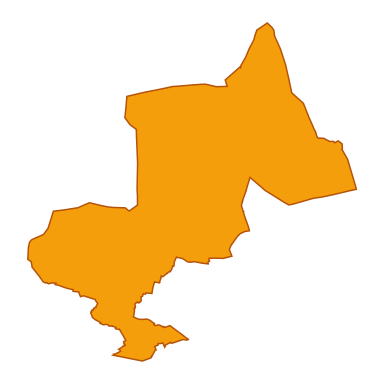 Dinkelland, Overijssel, Netherlands (orthographic projection)
{"feature_id": "6326949B33383901322774", "entity_name": "Dinkelland", "entity_type": "district", "adm_level": 2, "iso_a3": "NLD", "parent_name": "Netherlands", "parent_adm1": "Overijssel", "projection": "orthographic", "projection_center": [6.904, 52.371], "detail": "fine", "context": "isolated", "style": "filled", "palette": "amber", "viewbox_px": 384, "rotation_deg": 0, "n_neighbors": 0, "source": "geoboundaries", "source_scale": "gbopen_adm2", "svg_char_len": 5520}
<svg xmlns="http://www.w3.org/2000/svg" viewBox="0 0 384 384"><path d="M72.9,291.1L73.0,291.3L76.1,291.7L78.9,292.0L78.9,292.4L79.0,292.8L79.3,293.7L80.5,296.7L83.4,295.8L83.6,295.8L95.2,299.5L95.4,300.2L95.5,300.5L97.7,303.5L95.8,306.9L96.0,307.2L95.3,307.4L94.0,308.8L93.6,309.0L93.5,308.8L92.9,310.2L92.9,310.3L92.5,310.3L92.4,310.3L92.1,310.2L92.0,310.3L91.7,310.3L91.6,310.7L91.5,311.9L90.9,312.0L90.8,313.1L91.5,314.7L92.1,316.0L92.2,316.5L92.2,317.2L93.2,318.1L94.0,318.6L94.7,319.3L95.1,319.6L100.5,322.5L100.0,323.3L103.4,324.8L106.2,324.4L107.4,324.6L107.9,324.9L109.0,326.1L110.1,326.1L111.0,325.9L112.1,326.3L112.3,326.0L116.0,327.5L115.9,327.9L115.4,328.7L119.1,329.6L119.4,329.3L119.7,329.7L120.7,331.5L121.0,332.1L121.1,332.3L122.3,334.2L123.3,335.9L123.6,336.5L124.2,337.5L124.8,338.7L125.1,339.0L125.4,339.5L125.7,339.9L125.6,340.0L125.8,340.5L125.0,341.0L124.3,341.3L123.5,341.8L124.4,343.4L123.9,343.8L124.1,344.0L124.3,344.4L125.1,344.9L125.3,345.2L125.3,345.3L124.4,345.9L122.6,346.2L122.5,346.7L122.3,347.0L118.7,349.3L119.6,349.7L120.6,351.3L115.2,354.0L113.7,354.2L114.0,354.6L113.9,354.6L114.0,354.8L113.2,355.2L138.2,360.2L142.4,361.0L146.3,359.6L151.0,357.9L151.4,357.2L151.2,357.0L151.6,356.1L151.9,356.3L155.2,350.2L156.1,349.9L154.7,346.5L158.1,345.1L158.1,343.4L159.8,343.6L160.2,343.6L162.9,343.0L164.7,347.2L165.5,345.9L165.4,345.1L170.8,342.3L171.3,343.3L173.7,342.7L183.0,339.5L186.6,340.1L188.4,339.5L188.4,339.4L188.0,339.1L184.1,336.3L184.1,336.2L182.3,334.8L169.9,325.6L164.6,327.5L164.0,326.5L163.1,327.1L162.9,326.9L162.1,326.6L161.9,326.2L161.2,325.8L159.7,325.2L158.8,324.9L157.7,325.0L155.9,325.5L155.9,325.4L155.2,325.3L154.6,325.3L154.3,325.2L154.2,325.1L154.0,324.9L154.0,324.7L153.9,324.6L154.0,324.3L154.1,324.0L154.2,323.8L154.5,323.6L154.2,323.2L153.3,323.0L151.3,321.2L149.8,320.4L149.4,320.0L147.0,319.1L146.7,319.0L143.5,319.4L139.5,319.3L139.3,319.3L136.7,318.5L133.5,316.9L134.2,312.7L134.2,312.3L134.2,312.0L134.5,311.0L134.2,308.9L134.3,308.9L134.2,308.6L134.6,308.5L135.0,308.2L135.3,307.7L135.4,306.4L135.0,306.4L135.1,303.6L135.5,303.5L137.5,301.9L137.6,302.2L138.0,302.7L138.2,302.8L138.7,302.9L139.0,302.9L140.0,301.9L140.1,301.7L140.6,301.8L141.2,300.3L141.1,299.7L141.1,298.7L141.1,296.8L142.1,296.4L142.5,296.3L142.6,296.2L143.1,294.4L143.1,294.2L143.5,293.7L145.2,294.1L145.4,294.2L145.5,294.1L145.8,293.7L146.0,292.9L151.9,293.5L152.8,288.1L152.7,288.1L154.6,281.9L159.2,282.9L159.3,282.8L159.2,282.8L160.9,278.5L160.7,278.2L161.2,276.2L161.4,276.3L161.4,276.1L162.9,276.7L165.7,274.4L166.3,274.0L166.2,274.0L166.8,273.3L169.8,271.3L170.1,271.7L171.2,270.2L171.6,269.4L172.4,267.4L172.7,266.3L172.7,266.1L173.7,266.2L173.8,266.2L173.9,265.7L174.1,264.5L174.2,263.9L174.2,262.7L174.3,262.4L174.3,262.1L176.4,257.1L177.3,257.5L178.0,257.6L180.0,257.9L180.5,258.0L181.3,258.2L183.1,258.9L185.0,260.1L185.6,260.5L186.5,261.2L187.3,261.6L187.9,261.9L190.0,262.2L190.3,262.2L190.8,262.2L192.4,262.0L192.9,261.9L193.0,261.8L194.4,261.8L194.6,261.7L194.9,261.7L202.1,263.2L203.2,263.3L207.4,263.8L208.2,264.0L208.3,263.8L207.6,263.0L208.4,262.0L209.1,261.5L209.6,261.0L209.4,260.8L209.3,260.7L209.2,260.5L209.0,260.3L208.9,260.3L208.9,259.2L209.0,259.2L209.2,258.3L211.4,258.3L213.5,258.1L223.1,258.4L231.9,256.2L229.3,249.4L229.8,248.3L231.1,245.3L237.3,236.6L238.0,235.9L240.3,233.6L244.9,231.5L249.4,230.8L248.4,226.8L245.6,219.1L244.4,215.6L243.5,212.6L243.4,211.9L243.2,211.5L243.4,211.4L243.2,211.3L242.3,208.5L242.2,208.3L241.4,205.7L242.5,201.3L242.6,201.2L242.4,201.1L245.8,191.6L245.9,191.2L246.3,190.4L246.2,190.3L247.4,186.0L250.0,177.4L265.2,190.5L277.0,197.8L283.6,202.0L288.7,204.9L292.1,204.4L310.2,199.2L313.9,198.2L322.2,197.0L334.4,194.4L350.2,190.6L356.2,189.4L356.1,188.0L347.6,159.3L342.3,149.9L341.8,149.2L342.2,149.0L342.3,148.7L342.4,147.6L342.2,146.9L342.2,146.2L342.3,145.8L342.0,143.7L339.1,141.7L338.4,140.9L337.4,141.3L336.9,141.5L336.4,141.9L336.0,142.1L334.6,142.8L334.1,141.9L333.8,141.6L333.6,141.5L333.1,141.4L329.7,141.4L329.4,141.3L325.3,139.2L324.6,138.7L324.2,138.5L323.9,138.4L323.4,138.3L321.0,138.1L320.1,138.1L318.6,138.3L318.4,138.3L318.2,138.2L317.2,136.9L316.9,136.4L316.7,135.9L315.7,132.3L315.5,131.7L315.4,131.4L315.2,131.0L314.8,130.6L314.6,130.3L310.4,120.5L309.9,119.4L309.7,119.2L309.0,117.5L303.4,103.3L291.7,92.8L288.7,78.4L287.1,71.6L285.7,65.1L280.4,48.9L274.6,36.1L273.9,30.4L271.7,27.1L267.3,23.0L256.8,30.1L255.4,34.5L255.3,34.4L255.2,34.6L255.3,34.8L255.2,35.0L253.6,40.3L249.6,47.9L248.9,49.4L245.7,57.1L240.5,66.2L240.8,66.9L240.6,67.1L240.8,67.3L240.4,67.9L240.2,67.8L240.1,67.7L239.9,67.6L239.6,67.3L225.2,80.0L227.2,86.4L216.3,86.7L205.6,84.2L201.1,84.3L192.9,84.9L178.0,86.2L172.7,86.5L162.1,88.8L153.1,90.6L144.8,92.2L126.9,96.4L126.5,100.4L126.0,107.2L125.1,115.6L124.9,117.8L126.4,119.8L130.2,124.9L136.3,129.4L136.5,138.0L136.6,139.2L136.7,141.2L137.6,163.4L137.1,186.8L137.1,189.6L137.4,194.8L137.5,205.1L129.2,211.0L128.9,210.9L125.1,207.8L113.8,207.5L108.4,207.0L100.8,205.5L89.4,202.7L78.0,207.7L64.3,209.9L53.4,211.2L48.1,228.2L46.0,231.1L43.5,234.5L34.4,238.5L31.6,239.8L30.5,241.0L29.5,242.4L28.4,247.5L27.8,259.4L31.1,261.6L31.8,264.7L32.1,267.2L39.3,276.3L43.3,282.0L44.3,282.4L44.8,282.5L45.3,282.8L45.6,282.9L45.9,282.9L46.2,282.6L46.5,282.6L46.8,282.9L47.2,282.9L47.6,283.3L48.9,283.8L50.2,283.3L51.6,283.0L52.5,283.0L52.9,283.0L56.0,283.2L55.2,284.6L58.1,285.2L67.0,288.3L71.3,289.3L73.0,289.5L73.0,290.4L72.9,291.1Z" fill="#f59e0b" stroke="#b45309" stroke-width="1.5"/></svg>